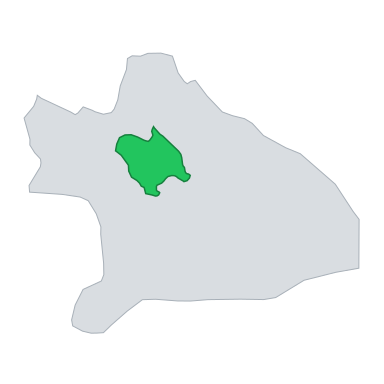 Burundi, with Karuzi highlighted, rotated 269°
{"feature_id": "BDI-2633", "entity_name": "Karuzi", "entity_type": "Province", "adm_level": 1, "iso_a3": "BDI", "parent_name": "Burundi", "parent_adm1": "", "projection": "mercator", "projection_center": [30.088, -3.137], "detail": "fine", "context": "in_parent", "style": "filled", "palette": "green", "viewbox_px": 384, "rotation_deg": 269, "n_neighbors": 0, "source": "natural_earth", "source_scale": "10m", "svg_char_len": 1899}
<svg xmlns="http://www.w3.org/2000/svg" viewBox="0 0 384 384"><g transform="rotate(269 192 192)"><path d="M291.4,39.0L288.3,43.0L274.1,72.1L271.4,76.5L272.9,79.2L279.0,84.7L275.4,93.8L274.0,96.3L271.3,104.8L272.8,112.7L276.2,115.6L285.4,119.4L299.3,122.1L315.6,128.6L326.6,129.8L329.2,134.5L328.7,142.9L331.4,150.3L331.4,163.3L328.2,174.8L311.3,180.2L302.7,186.1L300.3,189.1L302.5,192.6L303.6,197.2L287.8,208.7L271.5,223.7L267.6,233.8L264.4,245.8L259.6,253.4L247.2,264.4L234.6,286.5L228.4,300.9L197.3,335.4L169.8,352.7L161.7,358.6L112.9,357.5L109.2,334.3L101.8,302.5L85.0,273.8L83.2,261.8L84.0,238.6L84.1,206.1L83.0,188.6L83.3,175.9L85.4,153.7L85.2,140.5L74.1,125.2L60.4,109.0L52.9,101.0L52.6,94.6L52.6,88.7L54.8,80.1L60.2,70.4L66.2,69.4L81.0,73.2L96.5,81.4L104.6,99.8L110.9,102.4L122.3,102.4L151.4,100.0L158.7,100.3L171.9,95.9L185.1,88.1L188.9,80.1L191.9,62.0L194.7,29.6L201.4,29.2L219.8,40.8L223.7,41.5L227.6,41.1L234.0,35.4L241.8,30.7L247.6,30.9L268.9,25.4L280.4,35.2L287.6,38.3L291.4,39.0Z" fill="#d9dde1" stroke="#a8b0b8" stroke-width="1"/><path d="M191.2,145.7L197.4,144.2L198.7,141.4L201.8,139.7L204.5,137.1L207.9,131.8L214.0,129.1L219.9,128.9L230.0,121.9L234.5,116.3L241.2,117.6L247.6,120.5L250.2,126.0L250.3,132.2L247.9,138.6L244.7,144.7L243.9,146.9L243.4,149.2L244.6,150.7L247.8,153.1L249.4,153.9L251.3,153.4L253.3,152.8L255.4,153.4L256.9,154.1L258.0,154.7L256.8,155.4L250.4,160.9L248.3,163.9L232.9,179.4L229.8,181.5L226.6,182.3L219.5,183.1L218.0,183.7L217.3,184.4L216.5,184.9L213.0,185.4L211.4,186.0L210.4,187.2L210.0,188.9L208.7,190.5L206.0,189.7L203.4,187.3L202.5,184.1L203.0,183.6L206.2,178.3L207.6,176.8L208.4,175.4L208.7,173.9L208.8,171.9L207.9,168.2L205.7,165.8L203.3,163.9L201.4,161.8L199.4,157.1L198.1,156.5L194.5,156.5L193.4,157.3L192.8,158.8L191.8,159.7L189.7,158.6L188.7,156.9L188.6,155.4L189.7,152.1L191.2,145.7Z" fill="#22c55e" stroke="#15803d" stroke-width="1.5"/></g></svg>